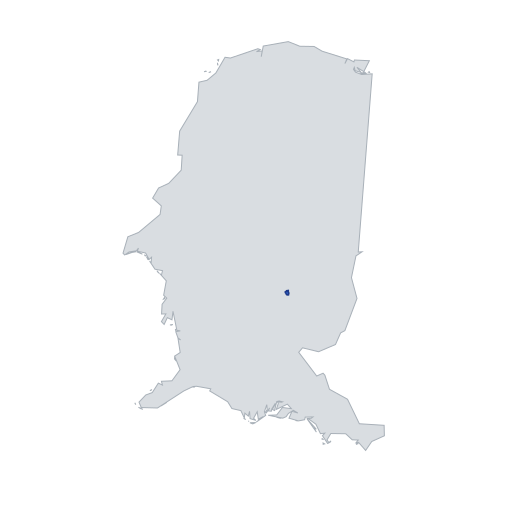 location of Scott, Iowa, United States of America, rotated 82°
{"feature_id": "52423323B10100313584475", "entity_name": "Scott", "entity_type": "district", "adm_level": 2, "iso_a3": "USA", "parent_name": "United States of America", "parent_adm1": "Iowa", "projection": "orthographic", "projection_center": [-90.532, 41.613], "detail": "fine", "context": "in_parent", "style": "filled", "palette": "blue", "viewbox_px": 512, "rotation_deg": 82, "n_neighbors": 0, "source": "geoboundaries", "source_scale": "gbopen_adm2", "svg_char_len": 4369}
<svg xmlns="http://www.w3.org/2000/svg" viewBox="0 0 512 512"><g transform="rotate(82 256 256)"><path d="M410.6,185.3L436.5,177.0L441.5,152.7L451.9,153.9L455.8,167.2L463.8,174.5L454.8,180.4L454.9,183.0L452.5,180.4L451.4,186.3L444.5,191.9L442.2,206.6L448.0,211.3L450.9,209.8L449.5,207.5L450.7,208.5L451.6,211.2L443.2,215.2L441.0,212.5L440.9,216.9L430.9,220.1L424.1,227.1L424.4,223.9L423.3,222.0L422.4,229.7L424.9,230.6L425.2,236.9L421.2,245.9L414.8,242.0L417.3,236.4L414.0,240.5L416.4,245.8L419.3,248.5L420.3,252.0L415.4,266.1L416.3,257.6L409.7,250.9L412.1,242.2L407.1,245.6L410.7,257.2L405.0,254.4L403.3,255.1L404.4,251.1L404.1,250.0L402.8,253.2L403.0,255.7L411.6,259.1L410.1,261.5L406.0,257.9L404.6,257.4L409.7,261.7L411.8,262.4L411.1,265.6L408.3,263.6L412.8,267.6L411.9,268.4L409.7,266.3L404.7,266.0L411.4,269.4L415.2,268.6L420.6,279.0L416.0,271.1L417.9,276.4L410.4,276.5L416.4,281.0L418.8,279.0L416.2,284.5L408.9,284.0L413.5,285.9L410.1,288.9L414.8,290.1L407.0,292.5L403.7,301.1L396.4,304.3L383.2,320.6L381.2,319.3L376.7,333.1L376.5,336.5L379.6,346.3L392.8,374.7L390.1,390.7L384.4,392.2L378.3,384.5L376.8,377.7L368.3,370.4L370.8,366.6L366.9,367.1L367.9,356.6L358.0,347.0L343.8,350.5L341.0,344.5L326.9,344.7L328.6,342.3L326.2,344.7L319.8,346.0L319.6,341.4L318.6,344.7L299.2,345.9L307.5,348.1L304.7,352.4L311.0,356.5L307.8,358.8L300.8,353.3L300.3,357.6L290.7,355.7L285.3,350.2L282.0,352.9L268.1,348.3L259.7,353.9L261.9,352.4L257.5,350.6L255.0,357.9L246.2,362.1L248.2,360.8L242.7,359.6L244.5,362.3L237.7,364.9L234.7,372.8L231.8,371.3L234.2,373.7L234.3,381.1L236.7,385.9L234.7,387.3L219.1,380.2L216.3,368.9L201.5,345.2L193.2,342.8L184.3,350.3L175.1,343.0L171.9,332.3L160.6,318.1L145.9,315.1L145.1,319.5L121.7,314.2L95.0,292.5L75.9,288.3L75.2,280.0L69.2,270.3L54.9,259.0L56.4,253.8L51.0,225.3L52.2,223.0L53.7,227.1L53.8,221.3L59.4,223.1L49.1,219.6L48.2,194.2L54.4,183.4L56.6,169.3L62.4,162.0L73.5,138.6L77.8,141.2L73.3,137.9L77.4,132.0L75.6,131.3L78.4,116.6L88.4,123.6L83.2,129.8L88.9,126.3L86.2,132.1L82.9,132.4L84.7,133.5L87.8,131.9L91.0,126.1L91.8,115.6L266.3,154.2L266.6,150.4L269.8,157.0L290.7,164.5L312.1,161.9L342.3,178.4L343.9,182.9L354.7,189.6L359.5,207.4L353.4,222.7L357.3,227.1L383.3,212.6L381.4,205.9L383.6,204.4L398.2,201.8L410.6,185.3ZM434.5,222.5L438.8,220.7L424.0,228.3L435.9,220.4L434.5,222.5ZM90.3,121.7L90.2,126.1L89.8,126.6L89.0,122.9L90.3,121.7ZM236.5,384.6L234.8,377.9L235.1,374.2L235.2,378.1L236.5,384.6ZM456.0,180.7L456.4,182.7L455.7,182.5L456.0,180.7ZM285.5,352.2L285.9,353.7L284.3,352.4L285.5,352.2ZM59.3,267.3L61.4,267.1L61.4,267.4L59.3,267.3ZM57.6,266.0L56.5,266.8L56.2,265.6L57.6,266.0ZM447.3,214.6L446.4,216.2L446.0,215.9L447.3,214.6ZM236.5,370.8L235.2,373.7L238.4,368.2L236.5,370.8ZM388.8,365.3L391.3,370.9L388.4,364.8L388.8,365.3ZM67.4,275.4L67.8,277.3L67.2,275.5L67.4,275.4ZM391.1,391.4L389.4,393.5L392.1,389.3L391.1,391.4ZM421.8,282.6L420.3,285.2L420.9,279.4L421.8,282.6ZM90.1,118.0L89.6,119.1L89.2,118.3L90.1,118.0ZM244.5,363.5L241.4,364.6L244.6,363.0L244.5,363.5ZM451.6,214.2L451.8,215.7L450.5,215.6L451.6,214.2ZM66.2,279.7L66.3,281.8L65.9,279.9L66.2,279.7ZM240.5,365.7L239.2,366.3L240.4,365.2L240.5,365.7ZM420.0,254.6L418.6,258.1L420.0,253.4L420.0,254.6ZM258.7,355.2L256.7,356.2L259.6,354.3L258.7,355.2ZM377.2,334.7L377.0,337.1L376.7,335.5L377.2,334.7ZM415.5,290.3L414.9,290.9L416.5,288.8L415.5,290.3ZM348.9,349.6L346.6,351.0L345.6,350.8L348.9,349.6ZM318.9,345.6L318.4,346.0L317.0,346.0L318.9,345.6ZM374.2,378.2L374.6,379.8L373.7,377.8L374.2,378.2ZM312.7,349.2L312.3,350.8L312.2,347.9L312.7,349.2ZM385.8,396.1L384.5,396.4L386.4,395.7L385.8,396.1ZM425.0,238.1L424.4,239.8L425.1,237.4L425.0,238.1ZM418.9,285.9L418.2,286.6L418.9,285.9Z" fill="#d9dde1" stroke="#a8b0b8" stroke-width="1"/><path d="M294.6,228.8L294.6,230.6L295.5,230.6L295.5,232.0L295.8,232.1L296.0,232.1L296.3,232.0L296.5,232.0L296.6,231.9L296.8,231.8L296.9,231.7L297.0,231.5L297.3,231.4L297.6,231.4L297.8,231.4L298.0,231.4L298.2,231.2L298.3,231.1L298.4,230.9L298.5,230.9L298.9,230.7L298.9,230.2L298.9,229.9L299.0,229.8L299.0,229.7L299.1,229.4L299.0,229.2L298.7,229.3L298.5,229.2L298.4,229.3L298.4,229.2L298.1,228.9L298.0,229.0L297.9,228.8L297.7,228.9L297.4,228.8L297.1,229.0L297.0,228.9L296.8,229.0L296.7,228.9L296.5,229.0L296.5,228.9L296.3,229.0L296.2,229.1L295.9,229.2L295.7,229.1L295.7,228.9L294.6,228.8Z" fill="#3b82f6" stroke="#1e3a8a" stroke-width="1.5"/></g></svg>